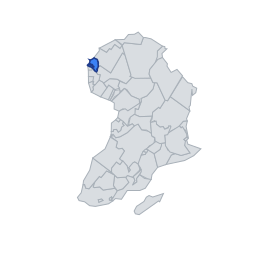 where Senegal sits in Africa, rotated 36°
{"feature_id": "SEN", "entity_name": "Senegal", "entity_type": "country or territory", "adm_level": 0, "iso_a3": "SEN", "parent_name": "Africa", "parent_adm1": "", "projection": "natural_earth1", "projection_center": [-14.381, 14.503], "detail": "fine", "context": "in_parent", "style": "filled", "palette": "blue", "viewbox_px": 256, "rotation_deg": 36, "n_neighbors": 49, "source": "natural_earth", "source_scale": "50m", "svg_char_len": 11734}
<svg xmlns="http://www.w3.org/2000/svg" viewBox="0 0 256 256"><g transform="rotate(36 128 128)"><path d="M164.2,133.4L175.1,142.4L174.8,151.6L177.0,156.0L175.3,157.4L164.9,159.0L163.4,153.9L157.3,151.3L155.0,146.9L154.6,142.0L157.5,139.2L156.9,133.8L164.2,133.4Z" fill="#d9dde1" stroke="#a8b0b8" stroke-width="1"/><path d="M74.8,64.7L74.8,68.4L68.2,68.3L68.3,74.5L66.4,74.7L66.3,79.5L57.8,80.3L65.9,64.0L74.8,64.7Z" fill="#d9dde1" stroke="#a8b0b8" stroke-width="1"/><path d="M154.6,142.0L157.3,151.3L153.1,151.7L152.0,159.6L154.6,160.5L154.6,163.2L149.6,159.2L139.2,157.9L138.6,148.7L135.2,147.9L132.9,150.4L129.7,150.6L127.4,145.3L118.7,145.1L121.7,142.0L123.8,143.1L126.8,139.6L130.2,132.1L132.0,120.9L133.9,118.9L140.1,121.4L146.8,118.4L150.4,118.5L152.7,120.7L155.3,120.0L158.5,125.8L155.8,129.7L154.6,142.0Z" fill="#d9dde1" stroke="#a8b0b8" stroke-width="1"/><path d="M180.2,135.2L178.9,124.4L181.3,120.9L187.1,119.0L192.8,111.8L184.1,108.9L181.6,105.5L182.8,103.4L185.9,105.9L199.2,102.0L197.5,111.6L193.0,120.9L180.2,135.2Z" fill="#d9dde1" stroke="#a8b0b8" stroke-width="1"/><path d="M175.1,142.4L164.2,133.4L166.5,126.5L164.3,120.8L166.9,117.8L172.9,122.4L180.7,121.6L178.9,124.4L180.2,135.2L175.1,142.4Z" fill="#d9dde1" stroke="#a8b0b8" stroke-width="1"/><path d="M144.4,111.2L142.8,110.2L142.1,109.5L142.2,106.7L138.6,100.7L140.6,93.2L142.3,93.3L141.7,82.7L144.0,82.7L143.7,77.8L167.9,77.8L169.9,86.1L171.9,87.5L168.9,90.1L168.2,98.3L164.4,105.4L164.0,110.1L161.1,101.5L158.4,107.4L155.6,106.2L153.5,108.4L148.9,108.2L145.3,106.3L143.0,110.3L144.4,111.2Z" fill="#d9dde1" stroke="#a8b0b8" stroke-width="1"/><path d="M141.7,83.7L142.3,93.3L140.6,93.2L138.6,100.7L140.7,104.2L130.7,112.0L125.1,113.2L122.3,108.0L125.4,107.0L123.3,98.9L121.1,96.4L124.4,90.9L125.3,81.7L122.9,75.7L124.9,74.4L141.7,83.7Z" fill="#d9dde1" stroke="#a8b0b8" stroke-width="1"/><path d="M125.0,200.4L126.1,199.2L129.2,201.5L132.2,200.1L132.9,191.1L134.5,196.1L136.0,195.9L139.7,192.3L144.4,192.8L152.7,184.6L156.3,185.0L157.4,190.1L156.8,193.7L155.2,193.4L154.3,195.9L155.3,197.2L158.6,195.9L156.8,200.8L147.7,210.6L142.6,213.4L136.3,213.2L131.1,215.5L127.9,213.9L128.2,207.9L125.0,200.4ZM150.3,201.3L148.5,201.0L146.1,203.5L148.1,205.2L150.3,201.3Z" fill="#d9dde1" stroke="#a8b0b8" stroke-width="1"/><path d="M150.3,201.3L148.1,205.2L146.1,203.5L148.5,201.0L150.3,201.3Z" fill="#d9dde1" stroke="#a8b0b8" stroke-width="1"/><path d="M156.3,185.0L150.0,183.1L144.9,174.0L148.6,174.5L155.6,168.6L160.7,171.5L159.7,180.3L156.3,185.0Z" fill="#d9dde1" stroke="#a8b0b8" stroke-width="1"/><path d="M152.7,184.6L144.4,192.8L139.7,192.3L136.0,195.9L134.5,196.1L132.9,191.1L133.3,184.0L135.3,183.9L135.9,175.3L144.9,174.0L150.0,183.1L152.7,184.6Z" fill="#d9dde1" stroke="#a8b0b8" stroke-width="1"/><path d="M133.3,184.0L132.2,200.1L129.2,201.5L126.1,199.2L125.0,200.4L123.0,196.8L121.8,184.6L117.1,173.0L144.6,173.6L135.9,175.3L135.3,183.9L133.3,184.0Z" fill="#d9dde1" stroke="#a8b0b8" stroke-width="1"/><path d="M69.3,101.0L67.9,95.7L68.9,93.9L81.6,93.6L79.4,70.6L82.5,70.6L99.3,83.4L99.3,85.0L101.6,84.7L100.5,93.4L90.8,94.9L84.8,98.5L82.0,106.0L76.5,106.4L74.2,101.3L72.1,102.5L69.3,101.0Z" fill="#d9dde1" stroke="#a8b0b8" stroke-width="1"/><path d="M57.8,80.3L66.3,79.5L66.4,74.7L68.3,74.5L68.2,68.3L74.8,68.4L74.8,64.7L82.5,70.6L79.4,70.6L81.6,93.6L68.9,93.9L67.9,95.7L62.9,90.9L59.0,92.1L59.4,82.5L57.8,80.3Z" fill="#d9dde1" stroke="#a8b0b8" stroke-width="1"/><path d="M98.9,116.0L97.2,116.3L96.7,109.0L94.8,105.8L99.1,101.5L101.1,105.1L98.9,110.5L98.9,116.0Z" fill="#d9dde1" stroke="#a8b0b8" stroke-width="1"/><path d="M122.9,75.7L125.3,81.7L124.4,90.9L121.1,96.4L123.3,98.9L122.5,100.9L120.2,98.2L111.8,100.1L104.4,97.6L101.6,98.4L100.7,102.9L95.3,100.0L93.8,95.0L100.5,93.4L101.6,84.7L117.0,74.3L121.5,76.6L122.9,75.7Z" fill="#d9dde1" stroke="#a8b0b8" stroke-width="1"/><path d="M98.9,116.0L102.1,97.9L111.8,100.1L120.2,98.2L123.4,101.9L117.8,114.2L112.6,115.5L111.1,119.6L105.6,120.8L102.3,115.9L98.9,116.0Z" fill="#d9dde1" stroke="#a8b0b8" stroke-width="1"/><path d="M123.2,100.0L125.4,107.0L122.3,108.0L125.4,112.5L123.5,119.7L126.6,126.9L113.5,125.6L111.0,120.2L111.6,117.9L114.4,114.1L117.8,114.2L123.2,100.0Z" fill="#d9dde1" stroke="#a8b0b8" stroke-width="1"/><path d="M95.1,104.5L97.2,116.3L95.5,116.8L93.1,105.2L95.1,104.5Z" fill="#d9dde1" stroke="#a8b0b8" stroke-width="1"/><path d="M93.2,104.5L95.5,116.8L87.4,119.0L87.1,104.6L93.2,104.5Z" fill="#d9dde1" stroke="#a8b0b8" stroke-width="1"/><path d="M76.5,106.4L80.3,105.7L87.3,107.8L87.4,119.0L77.2,120.6L77.5,117.3L75.4,115.5L76.5,106.4Z" fill="#d9dde1" stroke="#a8b0b8" stroke-width="1"/><path d="M64.7,100.7L72.1,102.5L74.2,101.3L76.5,106.4L76.0,112.5L74.1,113.4L72.9,110.5L71.4,110.9L70.1,106.8L65.7,109.6L61.8,104.4L64.7,100.7Z" fill="#d9dde1" stroke="#a8b0b8" stroke-width="1"/><path d="M58.6,101.2L64.7,100.7L64.6,102.5L61.8,104.4L58.6,101.2Z" fill="#d9dde1" stroke="#a8b0b8" stroke-width="1"/><path d="M75.7,112.5L75.4,115.5L77.5,117.3L77.2,120.6L69.5,114.7L72.0,110.8L74.1,113.4L75.7,112.5Z" fill="#d9dde1" stroke="#a8b0b8" stroke-width="1"/><path d="M65.7,109.6L70.1,106.8L72.0,110.8L69.5,114.7L65.7,109.6Z" fill="#d9dde1" stroke="#a8b0b8" stroke-width="1"/><path d="M82.0,106.0L84.2,99.1L90.8,94.9L93.8,95.0L95.3,100.0L97.7,100.6L95.1,104.5L87.1,104.6L87.3,107.8L82.0,106.0Z" fill="#d9dde1" stroke="#a8b0b8" stroke-width="1"/><path d="M150.4,118.5L144.3,118.8L140.1,121.4L133.9,118.9L131.9,122.6L129.1,122.1L126.8,125.6L123.5,117.9L125.1,113.2L130.7,112.0L140.7,104.2L142.1,109.5L150.4,118.5Z" fill="#d9dde1" stroke="#a8b0b8" stroke-width="1"/><path d="M131.9,122.6L130.2,132.1L126.8,139.6L123.8,143.1L119.7,141.8L118.2,143.3L116.5,140.7L118.1,139.4L117.3,137.8L119.6,135.8L122.6,137.1L123.5,134.3L122.3,131.0L123.2,128.2L121.1,127.9L120.7,125.6L126.6,126.9L129.1,122.1L131.9,122.6Z" fill="#d9dde1" stroke="#a8b0b8" stroke-width="1"/><path d="M116.9,125.6L120.4,125.5L121.1,127.9L123.2,128.2L122.3,131.0L123.5,134.3L122.6,137.1L119.6,135.8L117.3,137.8L118.1,139.4L116.5,140.7L111.7,133.8L113.2,128.7L116.9,128.5L116.9,125.6Z" fill="#d9dde1" stroke="#a8b0b8" stroke-width="1"/><path d="M113.5,125.6L116.9,125.6L116.9,128.5L113.2,128.7L113.5,125.6Z" fill="#d9dde1" stroke="#a8b0b8" stroke-width="1"/><path d="M157.3,151.3L162.3,154.5L160.8,164.3L161.8,164.9L155.5,166.9L155.6,168.6L148.6,174.5L140.7,173.5L138.2,170.0L138.6,162.3L142.9,162.3L142.9,157.5L149.6,159.2L154.6,163.2L154.6,160.5L152.0,159.6L152.4,153.3L153.6,151.4L157.3,151.3Z" fill="#d9dde1" stroke="#a8b0b8" stroke-width="1"/><path d="M161.4,153.4L164.5,155.7L164.7,163.9L166.9,166.4L165.2,171.7L164.3,166.4L160.8,164.3L162.8,156.5L161.4,153.4Z" fill="#d9dde1" stroke="#a8b0b8" stroke-width="1"/><path d="M164.9,159.0L171.0,159.1L177.0,156.0L177.4,166.6L174.3,171.6L164.1,179.0L164.6,189.5L159.3,192.5L158.6,195.9L157.1,195.9L156.3,185.0L159.7,180.3L160.7,171.5L155.6,169.5L155.5,166.9L161.8,164.9L164.3,166.4L165.2,171.7L166.9,166.4L164.7,163.9L164.9,159.0Z" fill="#d9dde1" stroke="#a8b0b8" stroke-width="1"/><path d="M157.1,195.9L155.3,197.2L154.3,195.9L155.2,193.4L157.1,195.9Z" fill="#d9dde1" stroke="#a8b0b8" stroke-width="1"/><path d="M118.2,143.3L119.7,143.2L118.7,145.1L118.2,143.3ZM119.0,145.8L127.4,145.3L129.7,150.6L132.9,150.4L135.2,147.9L138.6,148.7L139.2,157.9L143.1,158.3L142.9,162.3L138.6,162.3L138.2,170.0L140.7,173.5L117.1,173.0L121.7,158.4L119.0,145.8Z" fill="#d9dde1" stroke="#a8b0b8" stroke-width="1"/><path d="M157.0,136.9L157.5,139.2L154.6,142.0L154.0,138.0L157.0,136.9Z" fill="#d9dde1" stroke="#a8b0b8" stroke-width="1"/><path d="M195.2,160.2L197.0,169.1L195.6,169.1L188.0,191.5L184.4,193.1L181.8,191.6L181.0,186.3L184.1,178.1L183.5,173.2L184.7,170.3L188.6,169.3L195.2,160.2Z" fill="#d9dde1" stroke="#a8b0b8" stroke-width="1"/><path d="M58.2,99.3L61.9,97.5L64.4,98.4L58.2,99.3Z" fill="#d9dde1" stroke="#a8b0b8" stroke-width="1"/><path d="M111.0,57.6L106.5,48.4L107.8,41.5L109.9,40.5L111.3,42.0L112.9,41.1L111.7,47.8L114.5,50.7L111.0,57.6Z" fill="#d9dde1" stroke="#a8b0b8" stroke-width="1"/><path d="M74.8,64.7L74.8,61.2L89.3,52.9L87.3,45.8L89.1,44.5L94.3,42.3L107.8,41.5L106.5,48.4L109.9,53.2L111.8,59.8L111.2,67.9L113.4,72.0L117.0,74.3L104.5,83.7L99.3,85.0L99.3,83.4L74.8,64.7Z" fill="#d9dde1" stroke="#a8b0b8" stroke-width="1"/><path d="M168.4,96.2L168.9,90.1L171.9,87.5L174.1,92.6L182.5,100.4L181.0,100.8L175.9,96.0L168.4,96.2Z" fill="#d9dde1" stroke="#a8b0b8" stroke-width="1"/><path d="M65.9,64.0L73.0,58.5L73.4,52.1L78.1,48.4L79.9,44.4L87.3,45.8L89.3,52.9L74.8,61.2L74.8,64.0L65.9,64.0Z" fill="#d9dde1" stroke="#a8b0b8" stroke-width="1"/><path d="M167.9,77.8L143.7,77.8L142.0,54.5L149.7,56.2L153.6,54.6L155.7,56.1L160.2,55.4L162.1,59.6L161.0,63.7L156.8,58.9L165.1,73.1L165.0,75.1L167.9,77.8Z" fill="#d9dde1" stroke="#a8b0b8" stroke-width="1"/><path d="M141.4,53.7L144.0,82.7L141.7,83.7L124.9,74.4L121.5,76.6L113.4,72.0L111.2,67.9L111.8,55.0L114.5,50.7L122.1,52.9L123.2,55.0L130.2,57.7L133.2,51.8L141.4,53.7Z" fill="#d9dde1" stroke="#a8b0b8" stroke-width="1"/><path d="M192.8,111.8L187.1,119.0L175.9,122.8L168.8,120.4L161.9,112.3L168.4,96.2L170.9,96.7L171.4,94.9L179.3,98.6L181.0,100.8L179.9,104.4L182.1,104.7L184.1,108.9L192.8,111.8Z" fill="#d9dde1" stroke="#a8b0b8" stroke-width="1"/><path d="M181.0,100.8L183.0,101.1L182.1,104.7L179.9,104.4L181.0,100.8Z" fill="#d9dde1" stroke="#a8b0b8" stroke-width="1"/><path d="M164.2,133.4L155.1,134.3L158.6,122.0L164.3,120.8L165.3,122.5L166.5,126.5L164.2,133.4Z" fill="#d9dde1" stroke="#a8b0b8" stroke-width="1"/><path d="M156.9,133.8L157.6,136.6L154.0,138.0L154.5,135.0L156.9,133.8Z" fill="#d9dde1" stroke="#a8b0b8" stroke-width="1"/><path d="M157.7,122.6L155.3,120.0L151.7,120.4L143.0,110.3L146.8,105.9L148.9,108.2L153.5,108.4L155.6,106.2L158.4,107.4L160.5,104.3L159.7,102.1L162.0,101.7L164.0,110.1L161.9,112.3L166.9,117.8L163.0,121.9L157.7,122.6Z" fill="#d9dde1" stroke="#a8b0b8" stroke-width="1"/><path d="M67.7,95.3L67.9,95.7L67.8,95.9L67.8,96.1L67.9,96.3L68.0,96.5L68.2,97.1L68.2,97.3L68.3,97.4L68.3,97.5L68.3,97.8L68.2,97.9L68.1,98.1L68.3,98.4L68.5,98.6L68.5,98.8L68.8,98.7L69.0,98.8L69.1,99.0L69.2,99.3L69.3,99.5L69.5,99.8L69.5,100.1L69.4,100.6L69.4,100.8L69.5,100.9L69.5,101.1L69.4,101.1L69.1,101.1L68.7,101.1L68.2,101.1L67.9,101.2L67.7,101.3L67.4,101.3L67.3,101.2L67.1,101.2L66.8,101.0L66.6,101.0L66.4,100.8L66.2,100.9L66.0,100.7L65.9,100.5L65.7,100.5L65.4,100.5L64.7,100.5L64.0,100.4L63.4,100.4L62.6,100.4L62.1,100.4L61.6,100.4L61.3,100.7L60.8,100.9L60.3,101.0L59.7,101.0L59.3,101.1L59.1,101.2L58.9,101.2L58.6,101.2L58.4,101.1L58.3,100.9L58.6,100.7L58.8,100.6L59.0,100.7L58.8,100.5L58.7,100.4L58.6,100.6L58.4,100.7L58.4,100.4L58.4,99.9L58.4,99.7L58.5,99.4L59.1,99.3L59.5,99.3L59.9,99.3L60.3,99.3L60.3,98.9L60.5,98.8L61.0,98.8L61.4,98.7L61.5,98.6L61.6,98.4L61.8,98.4L62.0,98.4L62.1,98.5L62.3,98.6L62.7,98.8L63.2,99.0L63.6,99.1L64.1,98.9L64.4,98.9L64.5,98.7L64.4,98.5L64.2,98.3L63.8,98.4L63.7,98.4L63.5,98.5L63.4,98.5L63.3,98.4L63.1,98.3L62.9,98.2L62.7,98.1L62.2,97.8L62.0,97.7L61.8,97.7L61.5,97.8L61.2,97.9L61.0,98.2L60.7,98.2L60.0,98.2L59.3,98.2L58.8,98.2L58.7,98.0L58.6,97.8L58.4,97.6L58.4,97.3L58.6,97.2L58.4,97.2L58.1,96.7L58.0,96.3L57.7,96.1L57.6,95.7L57.4,95.5L57.2,95.5L56.8,95.4L57.1,95.3L57.6,95.0L58.2,94.1L58.8,93.0L58.9,92.8L58.9,92.6L59.0,92.2L59.1,91.9L59.2,91.6L59.4,91.3L59.5,91.1L59.8,91.2L60.1,91.2L60.5,91.2L60.8,91.2L61.0,91.0L61.3,91.0L61.6,91.0L61.8,90.9L62.0,90.8L62.1,90.7L62.2,90.8L62.5,90.8L63.0,90.8L63.5,91.0L63.9,91.4L64.2,91.6L64.2,91.8L64.4,92.0L64.5,92.1L64.8,92.1L65.0,92.0L65.3,92.2L65.5,92.5L65.6,93.1L65.7,93.3L65.9,93.4L66.0,93.4L66.0,93.5L66.3,93.7L66.5,94.0L66.6,94.3L66.7,94.5L66.9,94.6L67.1,94.7L67.3,94.9L67.4,95.1L67.6,95.3L67.7,95.3Z" fill="#3b82f6" stroke="#1e3a8a" stroke-width="1.5"/></g></svg>